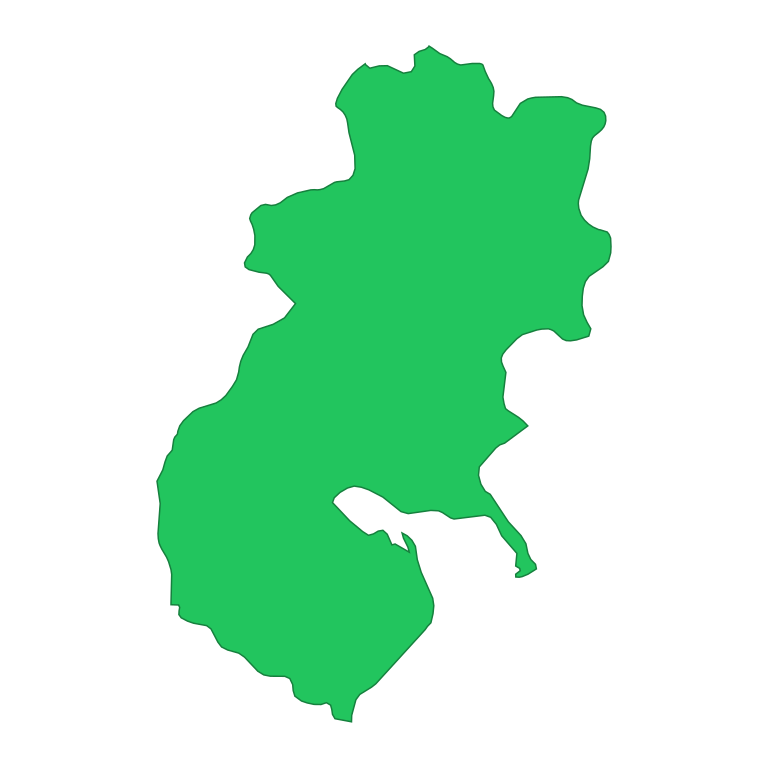 an SVG outline of Seti
{"feature_id": "NPL-1129", "entity_name": "Seti", "entity_type": "District", "adm_level": 1, "iso_a3": "NPL", "parent_name": "Nepal", "parent_adm1": "", "projection": "albers", "projection_center": [81.176, 29.231], "detail": "fine", "context": "isolated", "style": "filled", "palette": "green", "viewbox_px": 768, "rotation_deg": 0, "n_neighbors": 0, "source": "natural_earth", "source_scale": "10m", "svg_char_len": 3809}
<svg xmlns="http://www.w3.org/2000/svg" viewBox="0 0 768 768"><path d="M365.2,63.8L365.4,64.5L369.8,68.2L379.2,65.9L387.4,65.7L403.5,73.2L411.3,71.7L414.9,66.0L414.3,54.8L419.1,51.4L425.2,49.5L428.6,46.9L429.0,46.1L432.2,48.1L439.8,53.6L447.2,56.7L450.4,58.8L454.7,62.5L457.5,64.1L460.7,65.0L472.1,63.5L479.7,63.5L481.8,64.1L482.9,65.0L485.2,71.4L488.6,78.7L490.2,81.2L491.7,83.9L493.2,87.5L493.9,91.3L493.6,95.7L492.6,103.3L492.9,106.7L494.4,110.1L501.7,115.5L505.0,117.3L507.7,118.0L509.3,118.0L511.6,116.6L520.3,103.4L527.7,99.0L531.5,98.0L535.5,97.3L561.5,96.7L567.7,97.7L572.0,99.5L576.5,102.9L582.4,105.2L595.8,107.9L600.5,109.4L604.0,112.3L605.6,116.1L605.8,120.7L605.1,124.0L603.8,126.9L601.7,129.6L599.1,132.0L594.5,135.7L592.5,138.0L591.3,141.1L590.5,146.0L589.7,158.8L588.1,169.0L578.6,200.1L578.3,203.5L578.8,208.4L581.1,215.3L584.5,220.1L588.4,223.9L592.9,227.0L598.6,229.6L600.4,229.9L607.2,232.0L609.1,234.5L610.6,238.1L611.0,246.6L610.7,252.9L608.4,261.4L602.9,266.8L589.1,276.3L585.4,281.6L583.3,288.2L582.3,296.2L582.0,305.5L583.6,314.8L587.1,322.4L590.8,328.8L588.8,336.1L576.6,339.9L570.5,340.8L566.2,340.6L562.5,339.0L553.7,330.9L551.0,329.6L548.4,328.8L541.7,329.1L536.8,330.0L522.4,334.6L516.9,338.7L506.1,349.8L502.8,354.1L501.3,357.9L501.5,362.0L503.0,366.0L505.9,372.4L502.9,397.1L504.0,403.5L505.5,408.6L508.1,410.7L518.6,417.4L523.1,421.0L527.8,425.9L504.7,443.1L499.7,444.9L495.8,448.0L479.3,466.9L478.5,475.3L480.9,484.2L485.3,491.4L490.2,494.3L508.4,521.9L521.0,535.6L525.9,543.7L527.9,553.4L530.8,559.5L535.5,564.3L536.4,568.9L528.0,574.2L522.2,576.6L519.3,577.2L515.8,577.0L515.7,574.2L520.2,570.7L519.7,568.4L515.7,566.0L516.9,553.4L501.7,535.8L496.4,524.4L490.7,517.3L484.9,515.2L454.0,519.0L450.6,517.9L442.4,512.5L438.5,510.8L430.8,510.4L408.2,513.6L401.0,511.6L382.9,497.1L368.8,489.8L361.3,487.2L354.2,486.1L347.5,488.0L340.0,492.4L334.2,497.8L332.5,502.6L349.8,520.9L362.7,531.6L368.5,535.3L373.5,533.9L378.2,531.1L382.9,530.3L387.2,534.2L391.9,544.9L395.1,544.0L409.3,552.2L407.9,547.1L403.5,538.2L402.1,533.0L407.2,535.8L411.9,540.3L415.4,546.3L417.3,559.7L421.2,572.3L432.7,598.2L433.8,605.7L433.0,613.7L430.9,622.8L427.5,626.3L425.1,629.7L375.8,683.8L371.6,687.1L359.8,694.4L355.9,699.7L351.7,715.3L351.5,721.8L335.0,718.7L332.5,714.4L331.8,709.4L330.6,705.1L326.4,702.7L321.0,704.5L314.1,704.4L307.1,702.9L301.5,701.0L294.9,696.2L293.2,690.6L292.7,684.6L289.8,678.5L284.8,676.3L270.4,676.2L263.8,674.9L257.9,671.3L244.5,657.1L238.7,653.1L227.7,650.0L221.6,647.0L218.0,642.3L211.0,628.9L206.6,625.6L193.5,623.2L187.5,621.1L181.2,617.8L178.9,614.6L179.1,610.8L179.7,607.4L178.6,605.0L171.0,604.7L171.0,603.8L171.7,574.5L171.0,569.6L168.6,561.7L166.6,557.2L161.7,548.9L160.0,545.4L159.1,543.0L158.3,538.7L158.0,533.5L160.2,503.6L157.0,481.2L162.8,469.9L165.1,461.7L167.2,456.0L172.2,450.2L173.7,439.7L174.8,437.1L177.4,434.2L177.9,431.1L179.8,425.8L183.5,420.7L193.0,411.6L199.2,408.2L216.1,403.0L221.1,399.9L225.8,395.6L232.4,386.5L236.5,379.8L238.7,372.0L239.4,366.9L240.8,361.2L243.2,355.3L248.0,347.0L253.0,334.3L258.2,329.2L273.2,324.3L284.5,317.9L295.5,303.6L278.2,286.4L270.7,275.7L270.0,274.9L268.6,273.9L266.6,273.2L259.0,272.2L249.0,269.6L245.2,266.9L244.5,262.9L247.4,257.0L250.9,253.5L253.3,249.6L254.8,244.8L254.9,235.6L253.7,229.3L252.2,224.6L250.5,221.0L249.7,218.5L250.8,214.8L252.1,212.7L260.9,205.5L265.5,204.4L271.3,205.5L275.6,204.9L280.3,202.8L287.3,197.4L297.5,192.9L310.7,189.9L314.2,189.7L317.4,189.9L320.1,189.6L323.5,188.7L334.5,182.4L336.8,181.8L344.4,181.0L349.0,179.7L353.0,175.3L355.1,168.7L354.7,155.2L349.0,132.7L347.6,122.9L346.8,118.9L345.2,115.2L343.0,111.9L340.3,109.4L337.7,107.6L336.1,106.2L335.8,103.5L337.4,98.3L342.1,89.3L352.3,74.5L357.8,69.3L365.2,63.8L365.2,63.8Z" fill="#22c55e" stroke="#15803d" stroke-width="1.5"/></svg>